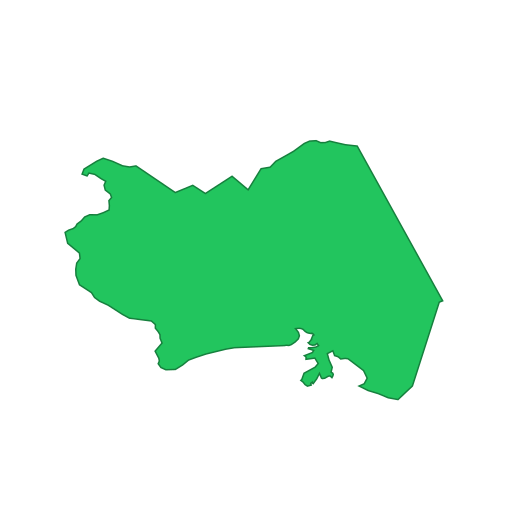 an SVG outline of Mwanza, rotated 109°
{"feature_id": "TZA-3357", "entity_name": "Mwanza", "entity_type": "Region", "adm_level": 1, "iso_a3": "TZA", "parent_name": "United Republic of Tanzania", "parent_adm1": "", "projection": "equal_earth", "projection_center": [33.157, -2.458], "detail": "fine", "context": "isolated", "style": "filled", "palette": "green", "viewbox_px": 512, "rotation_deg": 109, "n_neighbors": 0, "source": "natural_earth", "source_scale": "10m", "svg_char_len": 2276}
<svg xmlns="http://www.w3.org/2000/svg" viewBox="0 0 512 512"><g transform="rotate(109 256 256)"><path d="M237.6,64.9L240.0,67.7L328.0,65.8L345.5,75.0L347.0,84.9L346.3,95.5L346.7,106.2L345.4,116.2L341.6,112.1L335.3,111.1L329.3,117.0L323.2,135.5L323.8,138.4L325.8,142.4L324.7,145.0L324.5,146.4L324.6,149.3L324.1,149.6L320.6,152.5L325.1,156.8L330.7,153.0L336.4,147.7L341.4,147.2L341.8,145.3L342.8,144.4L344.4,144.3L346.3,144.6L345.3,146.9L346.1,148.5L349.2,151.2L350.3,153.4L350.1,154.4L346.3,157.8L352.4,158.6L358.1,160.4L357.8,161.2L357.7,161.4L357.0,161.8L358.1,162.4L358.5,162.8L358.9,162.6L360.1,161.8L362.3,165.0L361.6,167.8L359.9,170.4L359.0,173.1L357.9,172.5L351.2,172.4L341.9,163.9L337.4,162.2L333.4,167.1L337.4,175.1L335.4,175.7L334.9,176.4L334.5,177.8L328.9,171.2L326.5,170.7L326.6,176.4L325.6,176.4L324.6,173.5L322.6,169.7L320.4,167.6L318.8,169.8L320.9,171.2L322.0,173.6L322.0,176.3L321.0,178.4L320.4,177.7L316.8,176.4L316.8,176.6L312.8,176.4L312.1,176.1L311.8,175.6L311.5,175.8L310.8,177.8L311.2,177.8L311.5,179.5L311.8,181.5L311.8,183.0L311.3,185.0L310.0,187.7L309.9,189.7L310.2,191.3L310.7,192.7L311.8,195.0L314.4,191.0L317.3,189.0L320.6,189.0L324.6,191.0L328.3,193.8L329.9,195.8L330.5,198.3L331.4,199.9L349.7,246.5L353.9,254.2L364.9,271.3L371.2,279.6L376.4,285.9L382.9,289.9L389.5,295.3L392.9,304.2L392.4,309.6L389.7,313.4L386.8,313.2L384.3,314.6L378.8,320.4L368.9,316.5L365.0,319.9L361.6,321.2L359.2,324.1L357.0,327.7L353.6,328.8L351.5,333.8L356.0,355.4L354.7,363.2L350.6,379.9L349.7,389.1L347.8,395.1L344.2,399.6L340.7,413.5L332.9,419.9L327.2,422.1L321.1,423.2L315.7,421.5L310.7,423.9L305.3,438.2L295.8,444.2L292.5,441.5L289.6,437.8L287.0,436.1L284.0,435.6L279.6,432.6L274.9,430.7L271.1,426.6L268.8,419.6L264.7,414.4L260.3,409.9L256.2,411.0L251.5,413.1L247.7,411.6L244.8,413.9L242.7,420.0L238.5,422.7L234.3,422.4L233.3,427.7L231.3,435.0L232.0,441.0L235.3,441.8L235.2,447.1L229.8,446.9L218.3,437.5L213.3,432.3L213.2,422.4L214.2,411.7L213.0,404.5L209.9,398.8L222.3,353.0L209.8,338.8L213.4,324.2L188.4,304.6L196.0,285.0L171.8,279.6L167.4,271.5L160.0,268.1L154.1,262.8L144.8,254.6L133.9,247.0L129.9,242.7L127.4,236.7L127.8,231.8L126.2,227.4L123.4,223.8L122.8,217.6L121.7,207.7L119.1,196.1L237.6,64.9Z" fill="#22c55e" stroke="#15803d" stroke-width="1.5"/></g></svg>